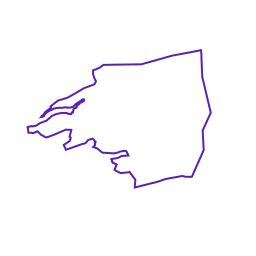 Eidfjord nor, Hordaland, Norway (Robinson projection), rotated 340°
{"feature_id": "86288312B69924208122443", "entity_name": "Eidfjord nor", "entity_type": "district", "adm_level": 2, "iso_a3": "NOR", "parent_name": "Norway", "parent_adm1": "Hordaland", "projection": "robinson", "projection_center": [7.063, 60.345], "detail": "fine", "context": "isolated", "style": "outline", "palette": "violet", "viewbox_px": 256, "rotation_deg": 340, "n_neighbors": 0, "source": "geoboundaries", "source_scale": "gbopen_adm2", "svg_char_len": 4953}
<svg xmlns="http://www.w3.org/2000/svg" viewBox="0 0 256 256"><g transform="rotate(340 128 128)"><path d="M214.8,109.6L215.2,105.8L217.2,99.1L219.2,93.0L220.2,89.6L220.4,89.2L220.9,87.5L221.3,86.3L221.6,85.7L222.0,84.4L223.2,79.8L220.2,79.4L217.6,79.0L194.2,75.1L162.3,72.7L160.9,72.2L153.4,69.6L151.6,69.0L140.2,65.0L126.5,60.3L122.0,61.6L117.5,61.9L114.8,61.9L114.2,63.4L113.8,64.7L113.7,64.9L113.6,66.8L113.4,68.4L113.7,72.3L113.9,73.2L111.3,75.5L100.4,75.5L97.8,76.0L86.2,78.1L81.9,78.8L76.3,78.6L71.5,78.3L68.5,79.3L67.5,79.6L64.3,80.7L64.0,80.9L62.6,81.2L62.6,82.6L58.1,83.9L56.3,84.5L55.8,84.7L55.1,85.1L53.7,86.2L53.5,86.4L53.3,86.8L51.5,86.9L51.3,87.1L51.0,87.3L50.6,87.5L50.2,87.8L50.3,87.8L50.9,88.2L51.2,88.3L51.7,88.3L53.2,88.0L53.9,87.4L54.1,87.1L54.9,86.5L56.5,85.8L56.9,85.7L57.0,85.6L57.4,85.4L57.8,85.4L58.3,85.3L58.8,85.2L59.0,85.2L60.4,84.9L62.2,84.9L62.4,84.7L63.1,84.7L63.7,84.7L64.1,84.6L65.0,84.6L65.6,84.5L66.1,84.7L66.3,84.7L66.6,84.7L66.8,84.7L68.0,84.8L68.7,85.0L69.0,85.2L69.5,85.3L69.8,85.4L70.5,85.5L70.9,85.6L71.0,85.7L71.4,86.0L71.6,86.0L71.9,86.0L72.1,86.2L72.3,86.3L73.4,86.6L73.9,86.6L74.8,86.9L75.1,86.8L75.3,86.9L75.7,87.0L76.4,87.2L76.5,87.3L76.9,87.4L77.1,87.7L77.6,87.9L77.7,88.1L77.8,88.2L78.2,88.2L78.4,88.3L79.0,88.4L80.2,88.9L81.3,89.2L82.3,89.1L83.0,89.3L83.4,89.3L83.7,89.2L84.2,89.1L84.3,89.0L85.2,88.5L85.9,88.3L86.1,88.2L86.5,87.9L86.9,87.6L87.9,87.5L88.1,87.4L88.4,87.4L89.2,87.1L89.5,87.1L89.9,87.2L90.0,87.1L90.3,87.0L90.4,86.9L90.6,86.9L91.1,86.7L91.9,86.4L92.4,86.6L92.6,86.7L93.0,86.7L93.4,86.4L93.6,86.2L93.8,86.1L94.1,85.7L94.8,85.5L95.6,85.6L96.0,85.8L95.9,85.9L95.8,86.2L95.8,86.3L96.1,86.4L96.1,86.5L95.7,86.5L95.7,86.9L95.7,87.0L95.8,87.1L95.6,87.2L95.8,87.2L96.4,87.2L96.7,87.1L96.0,87.3L95.6,87.3L95.5,87.5L95.0,87.6L94.7,87.8L94.1,87.8L93.4,88.0L93.0,88.0L92.5,87.9L92.4,87.8L91.9,87.7L91.7,87.8L91.6,88.0L91.4,88.1L91.1,88.3L91.0,88.5L90.9,88.6L90.7,88.7L89.5,89.1L88.0,89.2L87.7,89.2L87.5,89.5L87.3,90.1L87.1,90.2L87.2,90.4L87.2,90.5L86.9,90.8L86.7,90.8L86.3,91.0L86.2,91.0L86.0,91.3L85.9,91.3L85.6,91.3L85.4,91.3L84.3,91.2L83.9,91.3L83.7,91.4L83.7,91.5L83.0,91.9L83.0,92.3L82.5,92.9L82.5,93.0L82.3,93.6L82.2,93.7L81.9,93.9L81.6,93.8L81.3,93.9L81.3,94.0L81.5,94.3L81.5,94.5L81.4,94.5L81.0,94.0L80.8,94.1L80.7,94.2L80.4,94.4L80.5,94.4L80.4,94.5L80.5,94.7L80.4,94.8L80.5,94.8L79.7,95.2L79.1,95.5L78.8,95.5L78.4,95.2L78.5,95.2L78.2,95.1L77.9,94.9L77.8,94.7L77.4,94.5L76.7,94.3L76.6,94.0L76.1,93.6L75.7,93.1L75.4,92.9L74.0,92.4L72.9,92.1L72.0,91.6L70.7,91.2L69.9,91.0L67.6,90.7L67.3,90.6L66.7,90.5L65.6,90.5L65.4,90.4L64.5,90.3L63.5,90.4L63.2,90.6L62.5,90.6L62.2,90.5L61.7,90.5L60.7,90.5L60.2,90.7L59.9,90.8L58.7,91.5L58.1,91.6L57.2,92.0L55.4,92.6L55.1,92.8L54.9,92.9L54.6,93.1L54.4,93.2L54.1,93.2L53.8,93.3L52.9,93.3L51.5,93.2L50.9,93.2L50.1,93.4L49.3,93.3L48.1,93.3L47.4,93.3L46.4,93.4L46.3,93.5L45.9,93.7L45.0,93.7L44.0,93.9L43.6,94.3L42.8,94.4L42.4,94.3L42.2,94.3L41.9,94.4L41.3,94.3L41.2,94.3L41.2,94.2L40.6,94.1L40.4,94.0L39.7,94.0L39.3,93.9L39.0,93.9L38.9,93.9L38.8,93.7L38.5,93.5L38.2,93.4L37.9,93.3L37.5,93.3L37.5,93.2L37.2,93.1L34.0,92.7L33.8,93.1L33.8,93.3L33.9,93.8L33.7,94.6L33.7,95.1L33.2,96.3L32.9,98.0L32.8,98.4L34.7,99.1L37.6,100.5L38.3,100.3L38.8,100.4L39.0,100.4L39.2,100.2L39.8,100.4L40.0,100.3L40.1,100.2L40.4,100.2L40.8,100.0L41.1,100.2L41.3,100.3L41.4,100.2L41.9,100.2L43.8,104.3L44.4,105.1L45.0,105.7L46.5,107.6L47.8,108.9L50.3,109.1L56.7,109.0L68.2,108.4L68.9,108.3L69.2,108.2L69.7,108.6L73.7,110.2L74.1,110.4L72.6,112.6L72.3,113.0L70.1,116.2L70.3,116.4L70.4,116.6L70.7,117.1L70.8,117.3L70.7,117.5L70.8,117.6L70.7,117.8L70.4,118.3L70.0,118.7L70.0,118.8L69.8,119.0L69.7,119.0L68.9,120.3L61.9,121.9L62.1,122.5L61.9,122.8L61.8,123.2L62.0,123.7L62.0,124.0L62.1,124.5L62.3,125.3L62.2,125.8L62.1,126.0L62.1,126.4L62.3,126.9L62.3,127.2L78.4,127.4L79.2,127.4L82.3,127.7L83.0,127.7L86.5,125.6L91.1,125.9L91.7,127.0L91.9,127.5L92.1,128.2L92.8,129.8L91.9,129.9L91.8,130.2L92.0,130.6L91.9,130.7L91.7,131.0L91.5,131.4L91.6,131.6L91.7,131.8L91.6,132.0L91.4,132.3L91.3,132.5L91.1,132.6L90.9,132.9L88.8,134.0L91.9,136.4L94.2,140.3L95.5,142.4L104.9,146.5L105.6,146.8L106.1,147.1L110.7,147.6L112.8,147.5L116.6,148.1L118.4,149.1L118.5,149.2L118.9,152.7L119.0,154.0L112.5,152.2L111.8,152.1L110.6,152.4L109.3,152.6L108.1,152.6L107.1,152.5L101.7,151.5L101.6,152.1L101.8,152.5L101.8,152.8L101.7,152.9L101.7,153.1L101.8,153.2L101.7,153.4L101.6,153.8L101.6,154.0L101.4,154.2L101.4,154.3L101.9,154.9L102.1,155.3L102.3,155.5L102.0,155.7L102.1,155.9L102.7,156.3L103.4,157.0L104.0,157.4L104.6,157.8L104.9,158.4L101.2,162.4L101.0,162.7L101.6,163.4L102.2,164.3L105.6,167.8L112.8,169.7L114.5,169.8L114.7,171.2L114.9,171.8L117.0,178.4L117.2,179.1L116.7,180.3L115.3,183.2L114.1,186.2L137.0,188.6L139.0,188.7L142.7,188.7L145.9,188.8L161.1,191.4L162.6,191.7L163.2,192.0L165.5,193.6L171.3,195.7L191.6,174.6L197.3,155.9L211.0,142.0L214.8,109.6Z" fill="none" stroke="#5b21b6" stroke-width="2"/></g></svg>